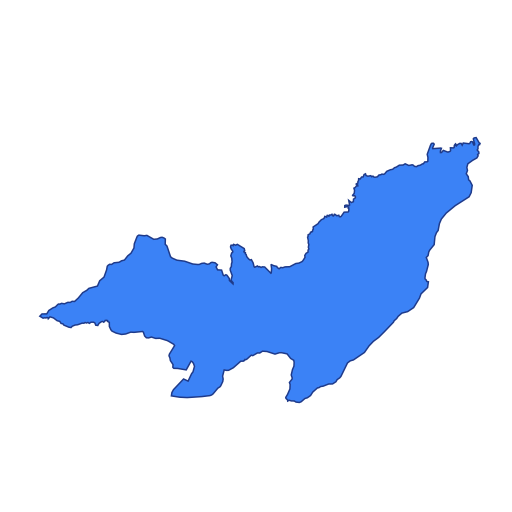 Albania, Santander, Colombia, rotated 9°
{"feature_id": "7082276B24505631438522", "entity_name": "Albania", "entity_type": "district", "adm_level": 2, "iso_a3": "COL", "parent_name": "Colombia", "parent_adm1": "Santander", "projection": "albers", "projection_center": [-73.837, 5.791], "detail": "fine", "context": "isolated", "style": "filled", "palette": "blue", "viewbox_px": 512, "rotation_deg": 9, "n_neighbors": 0, "source": "geoboundaries", "source_scale": "gbopen_adm2", "svg_char_len": 6128}
<svg xmlns="http://www.w3.org/2000/svg" viewBox="0 0 512 512"><g transform="rotate(9 256 256)"><path d="M409.0,289.6L414.5,287.2L419.8,282.3L424.0,272.1L424.9,267.6L430.4,260.3L430.3,254.5L428.6,254.4L427.8,253.0L426.5,252.1L426.3,251.2L426.2,247.0L426.8,244.8L427.5,237.5L426.9,235.3L424.4,230.8L425.9,228.7L426.0,224.9L426.7,222.9L430.2,216.9L429.7,208.9L430.6,204.7L431.9,202.3L432.1,195.3L433.3,190.5L437.2,183.8L444.9,175.1L457.2,164.2L458.6,159.8L458.5,152.4L455.5,148.3L454.1,147.5L453.2,144.4L450.8,141.9L451.5,138.4L450.4,135.6L450.8,131.8L454.9,127.7L458.8,124.6L459.7,122.3L459.0,121.0L460.1,120.0L459.8,118.4L457.9,116.7L458.5,115.3L458.1,113.3L458.4,111.7L458.6,111.1L459.4,111.1L459.7,109.7L458.7,109.3L454.9,104.6L452.9,105.3L452.3,106.3L454.5,111.2L454.4,112.2L453.7,112.3L452.0,109.4L451.1,109.2L450.1,109.6L449.5,111.4L448.8,111.8L443.0,112.0L442.3,114.3L441.0,112.7L439.6,112.9L437.5,114.6L436.7,116.0L436.0,115.7L436.0,114.4L435.5,114.0L434.6,115.7L434.7,117.9L433.9,118.4L431.1,118.7L431.7,121.6L431.3,122.3L429.3,123.4L424.5,122.4L423.0,124.8L422.0,125.0L421.7,123.6L422.3,120.6L421.6,120.5L413.8,122.3L413.5,121.7L414.5,117.7L413.7,116.9L412.2,117.1L411.6,117.6L411.0,119.4L409.2,128.8L410.4,131.8L410.9,135.6L410.3,136.2L407.9,136.7L406.9,138.7L405.9,139.0L404.1,140.6L401.9,141.4L400.6,142.6L398.6,142.7L396.9,141.6L395.9,141.5L392.8,142.7L388.9,141.6L387.1,143.1L383.3,143.9L380.6,146.3L379.0,147.1L377.4,149.0L375.2,149.8L371.9,151.9L370.2,154.8L369.2,155.4L367.5,155.4L366.9,156.0L364.6,156.9L363.6,158.7L362.0,159.4L360.4,159.7L359.0,158.8L357.9,159.6L356.8,158.7L354.0,159.7L352.1,159.3L351.3,157.7L350.0,158.6L349.5,161.1L347.9,161.5L346.9,163.6L345.3,163.6L345.5,165.3L345.0,166.6L345.2,168.0L343.7,169.2L343.9,169.7L345.2,169.7L345.6,170.8L344.2,171.2L343.2,172.9L342.1,173.7L343.1,175.8L343.2,178.8L341.9,180.9L342.4,181.4L344.1,181.0L345.0,182.1L345.0,183.0L343.4,184.6L343.7,187.1L341.8,188.3L338.9,186.6L340.5,191.0L340.1,191.5L337.0,191.6L335.8,192.3L336.0,193.9L338.3,193.0L339.9,193.3L339.6,194.4L340.4,194.9L340.5,197.4L340.0,198.2L336.2,198.9L333.9,203.6L333.2,204.1L332.2,204.1L331.4,202.8L329.6,203.6L327.2,202.4L326.7,202.7L326.6,203.8L326.1,204.4L325.4,204.2L324.5,202.9L323.5,203.8L322.3,204.0L321.8,205.3L320.7,204.6L319.9,204.8L319.7,206.5L317.8,206.1L317.2,208.4L314.9,209.9L312.9,212.7L312.3,214.3L307.9,218.4L308.4,220.6L307.9,221.4L308.0,222.7L307.3,223.6L306.9,223.4L306.1,224.1L305.9,225.5L304.1,227.0L304.4,228.5L304.0,229.3L305.3,232.7L305.5,234.9L306.4,236.4L306.3,239.1L307.1,240.8L306.5,242.0L306.8,244.0L305.0,245.6L304.1,247.8L304.6,249.7L303.1,253.2L302.4,254.3L299.5,256.3L296.5,257.2L291.0,261.3L286.4,262.2L284.2,263.4L282.3,263.4L280.8,265.0L278.9,264.1L278.1,263.0L275.1,262.8L272.5,262.1L272.3,262.3L273.4,266.1L273.7,270.3L273.4,270.7L266.3,265.5L263.9,265.7L262.8,266.5L261.2,265.9L260.0,266.3L259.0,265.6L256.5,267.3L255.8,266.9L254.2,263.2L252.0,260.3L250.8,260.9L249.1,260.0L246.9,258.0L246.0,256.0L245.0,255.4L245.0,254.3L243.4,253.8L243.4,253.2L244.0,252.4L243.2,250.5L235.7,247.4L234.2,248.5L232.1,248.0L231.7,249.3L231.2,248.9L229.6,249.3L229.4,251.0L230.4,252.9L232.3,254.9L232.3,256.1L231.5,256.8L231.1,259.8L232.4,262.0L233.3,265.7L233.0,267.6L233.3,270.2L232.5,272.2L232.8,274.1L235.6,279.1L235.1,283.8L237.6,286.0L237.7,287.2L233.6,284.4L233.2,282.5L230.4,279.6L229.2,279.2L227.6,280.5L226.6,280.0L224.2,275.3L220.2,275.7L218.3,273.0L219.3,270.7L216.6,269.1L213.6,269.1L212.5,269.6L211.1,271.1L209.2,271.8L206.0,271.1L203.5,271.8L201.3,273.2L199.9,273.5L194.8,273.8L186.3,272.3L178.5,272.5L173.6,271.2L171.7,270.1L166.5,260.1L164.5,258.6L163.8,253.4L162.3,252.6L160.3,252.2L158.7,252.7L155.9,254.6L152.4,255.5L145.0,252.7L142.5,253.5L137.0,253.7L135.8,254.8L135.4,255.9L133.9,263.0L134.2,267.2L132.1,272.8L129.3,275.9L126.7,280.6L123.9,281.8L121.8,283.6L116.9,284.9L114.7,286.9L112.7,287.1L111.4,288.3L110.7,289.4L110.6,293.1L109.2,300.6L105.5,304.9L104.1,310.5L96.0,314.1L94.3,316.3L90.6,319.3L87.0,325.4L83.9,329.3L81.5,329.5L79.8,330.9L77.4,331.2L74.3,333.2L71.3,333.2L69.7,334.3L68.8,334.2L67.9,334.8L65.8,337.7L63.5,339.0L59.9,342.2L58.4,345.9L53.7,346.7L51.9,349.3L55.4,350.7L57.2,350.0L58.2,350.1L59.2,349.4L60.1,349.5L60.6,350.5L62.1,348.3L65.6,348.8L69.7,351.0L72.4,351.3L74.0,353.1L75.9,353.2L77.0,354.3L82.3,355.6L84.5,355.6L85.5,354.1L88.1,352.5L90.6,351.8L94.8,349.5L96.6,349.3L97.6,348.4L99.0,348.7L100.4,347.9L101.9,348.6L103.4,347.2L106.0,346.8L107.4,347.4L108.5,349.4L110.6,349.4L111.5,347.1L113.7,345.0L114.9,344.6L115.9,345.2L116.8,344.3L117.0,343.3L118.2,342.9L119.5,343.0L119.5,343.8L121.5,344.5L122.2,348.6L124.3,351.7L125.5,352.7L129.8,354.0L135.5,354.5L139.5,353.4L144.2,350.8L147.4,350.5L155.7,348.3L156.7,348.9L158.5,352.4L160.5,353.9L162.7,353.7L165.4,352.4L169.7,353.1L173.8,352.3L181.5,353.4L183.3,354.0L188.6,356.1L189.6,357.3L185.8,366.5L185.7,368.2L186.9,370.1L187.8,372.7L191.0,376.2L191.3,379.0L192.4,379.8L196.4,379.3L204.9,379.4L208.3,370.0L209.7,370.5L211.1,372.0L212.5,374.6L211.9,380.3L210.8,382.3L208.5,390.2L203.7,388.8L195.4,400.9L194.3,404.0L194.3,407.4L202.6,407.4L210.1,406.6L224.6,403.3L232.3,401.1L233.9,400.2L235.1,399.0L239.0,392.5L240.9,390.8L241.5,389.7L242.8,385.2L242.8,382.7L241.8,379.9L242.4,373.5L244.7,373.6L246.8,373.2L251.1,369.9L257.4,362.3L260.0,361.8L260.3,361.2L260.8,361.2L261.3,359.9L262.0,360.1L263.3,359.1L266.8,354.7L268.4,354.9L272.6,351.5L274.9,351.2L277.3,349.0L281.8,348.6L290.1,349.9L294.2,347.9L296.4,347.5L302.0,347.8L306.3,351.8L309.6,353.1L310.3,355.1L310.7,358.9L309.8,362.5L309.4,368.0L310.8,370.7L310.9,371.9L308.8,375.7L309.8,377.6L310.3,382.0L308.8,387.8L307.5,391.0L307.9,392.0L309.7,393.2L310.0,394.3L311.3,393.3L313.7,393.6L316.4,393.2L318.3,394.0L321.7,393.9L323.4,392.9L326.6,389.1L328.9,388.0L331.7,385.3L333.3,381.6L337.4,376.6L338.6,376.3L340.3,374.8L342.6,374.1L347.9,371.0L351.6,370.4L354.6,367.7L355.5,365.4L357.7,363.3L358.7,361.7L363.1,347.3L365.5,344.8L368.5,343.4L378.2,334.3L381.7,327.1L385.3,321.9L389.9,317.2L394.5,310.9L402.1,299.9L402.6,298.3L404.7,295.8L405.8,293.4L409.0,289.6Z" fill="#3b82f6" stroke="#1e3a8a" stroke-width="1.5"/></g></svg>